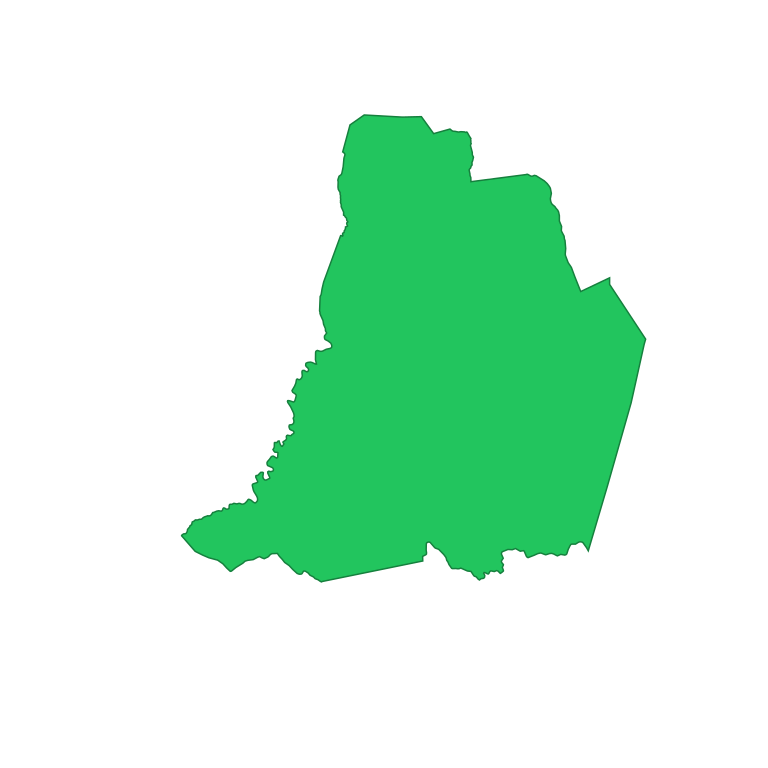 Teupasenti, El Paraíso, Honduras, rotated 151°
{"feature_id": "27666195B60931351506454", "entity_name": "Teupasenti", "entity_type": "district", "adm_level": 2, "iso_a3": "HND", "parent_name": "Honduras", "parent_adm1": "El Paraíso", "projection": "equal_earth", "projection_center": [-86.613, 14.281], "detail": "fine", "context": "isolated", "style": "filled", "palette": "green", "viewbox_px": 768, "rotation_deg": 151, "n_neighbors": 0, "source": "geoboundaries", "source_scale": "gbopen_adm2", "svg_char_len": 6171}
<svg xmlns="http://www.w3.org/2000/svg" viewBox="0 0 768 768"><g transform="rotate(151 384 384)"><path d="M634.6,349.4L630.3,329.2L625.5,322.2L621.4,316.9L614.9,310.6L612.1,304.9L610.8,299.4L609.3,294.7L608.1,294.3L602.5,295.3L594.3,295.7L591.4,296.4L588.6,295.8L583.5,293.8L578.3,293.7L576.4,293.3L575.1,291.2L573.5,289.3L569.7,289.0L568.6,289.1L566.3,289.9L564.4,290.0L559.4,287.5L559.0,283.9L558.0,279.9L557.4,276.1L555.0,271.2L553.7,266.0L551.8,260.4L550.4,258.8L548.7,257.9L547.6,257.9L545.2,259.3L544.4,259.1L543.5,258.3L542.0,255.6L541.4,252.6L539.2,249.4L538.6,247.1L536.6,244.8L535.3,242.1L534.6,241.2L533.7,241.2L435.9,210.4L433.8,214.5L430.2,214.4L429.3,214.7L428.5,216.0L427.7,218.2L424.5,223.7L423.4,224.5L421.9,224.3L420.8,223.6L420.4,223.0L419.0,216.3L418.5,215.4L416.3,212.9L414.4,205.9L413.9,202.1L414.6,199.4L414.4,197.2L414.7,194.5L414.2,190.0L413.4,189.2L410.8,187.9L408.9,186.5L407.7,186.0L406.1,185.8L401.7,180.0L398.8,177.9L398.4,172.8L398.1,172.1L396.8,170.6L396.2,167.5L395.5,166.3L393.7,166.7L391.2,165.8L390.0,166.0L388.8,167.4L388.6,168.4L388.6,170.2L387.9,170.6L387.1,170.1L385.7,168.0L385.0,167.3L384.2,167.4L382.5,168.6L381.6,168.8L380.8,168.5L378.5,166.5L375.9,166.2L375.0,165.1L374.1,162.0L372.9,162.0L370.7,162.4L370.2,162.6L369.9,163.2L369.4,166.3L367.6,167.6L367.1,168.2L367.6,170.9L367.3,172.0L366.9,172.4L364.2,173.8L363.8,178.0L363.3,179.1L362.4,179.8L361.4,179.9L355.8,179.2L352.2,176.9L348.7,176.3L345.9,171.7L342.8,170.6L342.5,170.0L342.5,169.1L343.0,164.3L342.8,163.2L342.2,162.3L335.5,161.4L331.7,161.1L329.3,160.4L328.4,159.8L326.1,157.0L325.3,156.2L321.3,155.4L319.5,154.6L318.1,153.2L316.2,150.3L315.6,149.6L312.0,149.3L308.8,146.7L307.6,146.5L306.5,146.8L303.0,150.1L299.7,152.4L298.3,153.1L297.3,152.9L294.1,151.1L290.8,151.3L289.5,151.1L288.5,150.6L287.4,149.7L286.9,148.7L286.2,142.5L286.2,139.1L238.4,186.1L177.0,247.7L137.2,292.6L133.4,296.4L138.4,361.7L135.2,367.5L167.1,369.5L165.1,385.3L163.6,395.1L164.1,400.9L163.0,408.5L162.4,409.9L159.4,414.4L156.1,421.8L155.9,423.4L154.8,426.0L154.7,430.9L154.5,432.3L152.3,435.7L151.6,441.5L149.0,446.2L147.9,449.8L147.8,451.7L148.4,454.5L148.5,456.2L149.8,459.6L149.9,461.5L149.5,463.3L148.7,465.4L145.2,469.6L143.6,474.6L143.6,476.7L144.1,480.2L145.4,484.1L150.0,492.4L151.4,493.6L153.4,493.8L154.7,494.5L156.6,497.6L157.2,498.1L158.2,498.3L209.9,518.8L208.0,522.4L207.6,524.9L207.0,526.0L205.8,529.9L204.8,530.6L203.4,531.0L202.4,532.2L201.0,532.7L200.3,533.7L199.9,534.9L198.1,536.4L195.8,539.0L195.6,541.7L194.5,543.8L192.8,550.5L192.4,551.1L191.2,552.0L191.1,552.9L190.1,554.6L189.8,555.7L189.0,556.5L189.2,559.7L189.2,563.1L189.4,564.2L189.8,564.4L190.6,564.4L191.3,565.4L194.4,567.4L196.8,568.3L199.3,570.5L201.0,571.6L201.6,572.3L202.7,575.0L219.2,578.9L221.7,599.7L238.5,608.5L270.9,628.9L288.1,627.1L307.6,607.0L307.2,606.3L306.8,604.9L306.8,604.0L307.1,603.3L309.5,601.0L314.4,593.8L318.4,589.1L319.8,587.9L322.6,587.5L325.1,585.2L325.7,584.3L326.0,583.2L328.8,578.5L329.6,576.4L329.6,572.4L330.3,571.6L330.7,569.8L331.8,568.0L332.6,566.0L333.2,565.4L333.5,564.6L334.0,564.0L334.5,561.5L335.5,559.8L336.0,553.9L337.5,551.3L336.9,550.4L336.9,548.8L336.4,547.4L337.2,545.1L337.0,543.5L337.4,543.1L338.4,543.0L338.7,542.7L339.1,541.5L339.1,540.5L339.4,539.8L341.6,540.0L342.1,538.9L342.7,538.5L342.9,538.0L344.6,537.2L345.4,535.9L346.9,535.9L347.4,535.5L347.7,535.1L347.8,534.0L348.3,533.5L348.6,533.4L349.1,534.1L350.0,534.8L387.3,502.5L392.0,497.3L395.6,492.7L397.4,491.5L404.9,479.2L405.3,477.5L405.8,476.7L406.1,475.0L406.6,469.0L407.9,465.5L408.4,460.9L409.4,458.9L409.4,456.4L412.7,454.9L413.4,453.9L413.8,452.9L414.0,452.0L413.8,451.3L412.0,448.6L410.7,445.5L410.9,443.3L411.5,442.1L411.9,441.6L413.3,441.1L417.7,442.4L422.2,442.6L423.8,443.4L426.1,445.7L427.4,445.7L428.0,445.4L428.7,444.5L432.2,438.4L433.4,434.2L434.2,434.6L436.4,437.6L437.7,438.8L440.1,439.8L442.0,440.0L442.6,439.6L443.5,438.3L443.6,437.0L442.9,435.1L442.8,433.9L443.1,432.9L443.9,432.2L444.8,431.9L445.5,432.1L446.1,432.7L447.3,434.7L448.8,435.3L449.5,434.9L450.2,433.8L451.6,430.6L452.9,429.4L454.3,428.8L455.7,428.7L456.3,429.0L457.5,430.5L458.5,430.2L460.7,427.5L463.2,425.5L467.6,422.9L467.8,422.0L467.8,421.0L466.4,418.2L466.2,416.9L466.6,416.1L469.9,412.7L471.1,412.1L471.9,412.1L474.3,414.7L475.4,415.7L476.3,416.1L476.8,415.7L477.1,414.3L476.7,409.2L477.1,402.8L477.5,401.1L478.3,399.2L480.0,398.1L480.7,395.3L481.7,393.9L482.7,393.3L484.0,393.1L486.6,394.0L487.6,393.1L488.1,391.8L488.3,390.2L488.0,389.4L486.1,386.8L486.0,385.8L486.6,384.8L487.3,384.5L488.8,384.5L490.3,383.9L491.7,384.7L493.2,386.0L494.2,386.0L495.0,385.3L495.7,383.5L496.2,383.0L497.3,382.6L500.4,382.3L500.7,381.8L500.6,380.1L503.1,378.8L503.8,379.3L504.0,380.6L503.9,382.5L503.4,385.1L504.5,385.4L506.1,384.7L507.9,385.8L508.4,385.7L510.5,382.1L511.4,381.3L512.9,380.5L512.8,378.4L512.5,377.3L510.3,375.8L510.1,375.2L512.4,371.7L512.8,371.3L513.9,371.3L515.6,374.4L516.4,374.9L517.7,375.1L520.6,373.7L523.4,372.7L524.4,372.0L525.1,370.7L525.3,369.1L522.2,365.0L521.9,364.0L522.0,363.1L522.7,362.1L523.5,361.7L525.7,362.3L527.0,363.6L528.3,363.5L528.9,362.2L529.2,357.8L529.7,356.9L533.4,357.1L534.5,357.6L535.1,358.5L535.3,359.9L535.0,361.5L532.6,364.8L532.7,365.3L533.2,365.8L534.7,366.5L538.3,365.4L539.4,365.4L540.1,365.9L540.6,365.8L541.3,364.7L541.7,360.3L542.0,359.5L542.9,359.3L547.0,360.1L547.9,359.8L548.4,359.1L549.7,354.6L549.9,352.7L549.7,347.8L549.9,345.7L550.7,344.0L551.7,343.0L553.9,342.3L554.7,342.7L555.5,343.9L556.6,346.8L557.5,348.1L558.3,348.8L558.9,348.8L561.0,347.8L563.5,347.1L564.8,347.1L566.5,347.7L568.0,349.5L569.2,350.1L570.8,350.4L573.1,352.4L575.2,352.5L576.9,353.4L577.4,353.4L578.1,353.0L579.9,350.3L580.6,350.3L581.6,350.4L582.7,351.1L583.5,352.7L584.5,353.4L585.2,353.1L586.6,351.9L587.8,351.6L590.1,353.3L591.9,353.9L595.0,354.2L596.1,354.6L598.5,353.3L600.0,353.1L601.1,353.5L602.0,354.2L605.5,354.8L606.9,354.8L609.2,354.2L611.1,355.2L613.1,355.5L614.9,356.6L616.6,356.2L618.6,356.3L620.5,354.2L622.3,354.1L623.3,353.2L626.3,352.1L627.5,350.5L629.4,349.3L630.1,349.3L632.1,350.1L634.2,349.8L634.6,349.4Z" fill="#22c55e" stroke="#15803d" stroke-width="1.5"/></g></svg>